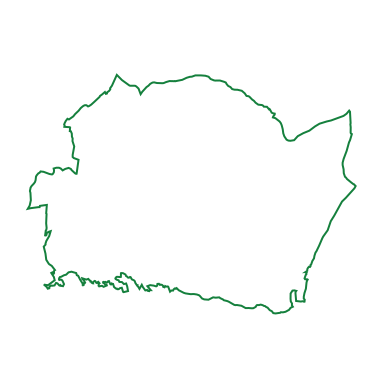 outline of Stoina, Gorj, Romania, rotated 273°
{"feature_id": "2599482B4391298205138", "entity_name": "Stoina", "entity_type": "district", "adm_level": 2, "iso_a3": "ROU", "parent_name": "Romania", "parent_adm1": "Gorj", "projection": "mercator", "projection_center": [23.622, 44.679], "detail": "fine", "context": "isolated", "style": "outline", "palette": "green", "viewbox_px": 384, "rotation_deg": 273, "n_neighbors": 0, "source": "geoboundaries", "source_scale": "gbopen_adm2", "svg_char_len": 5765}
<svg xmlns="http://www.w3.org/2000/svg" viewBox="0 0 384 384"><g transform="rotate(273 192 192)"><path d="M82.7,298.7L84.0,297.7L85.9,297.7L87.8,296.4L90.5,296.0L95.8,295.8L98.8,297.5L99.1,299.4L98.7,301.3L97.8,300.7L96.5,300.6L88.6,301.7L88.3,306.4L88.7,308.3L88.6,309.5L88.3,309.7L88.4,310.1L90.4,310.2L91.4,309.2L93.3,309.1L96.9,309.6L101.4,310.8L107.5,311.1L109.1,311.4L110.6,312.1L110.8,311.8L110.8,309.5L111.6,308.9L115.1,309.9L115.8,310.5L116.4,310.3L117.6,310.8L118.1,310.5L118.0,309.5L119.3,311.2L121.0,311.2L122.5,311.9L123.5,312.8L123.3,313.7L124.3,314.3L125.2,314.1L125.9,314.8L129.4,315.8L132.1,317.3L134.6,317.6L138.0,318.5L139.2,319.3L144.9,321.7L152.5,324.5L154.3,325.3L160.9,329.5L170.1,332.1L175.9,335.3L190.3,342.3L194.2,345.9L204.2,354.0L206.5,355.1L208.2,353.3L208.2,352.9L209.7,350.7L213.1,346.1L214.5,345.0L215.2,344.0L218.7,342.6L222.6,342.2L226.9,341.0L229.2,340.9L233.0,341.7L241.2,344.3L249.8,346.2L252.0,347.1L258.2,348.6L258.8,347.6L259.6,347.3L265.0,347.1L268.0,346.6L269.0,346.8L279.2,345.7L280.4,345.6L281.5,344.7L278.2,342.2L275.9,339.3L270.7,327.1L269.5,322.9L266.9,315.8L264.0,311.5L259.4,306.0L256.6,300.1L253.3,294.7L249.1,291.3L248.3,287.6L248.4,285.5L249.2,283.7L252.4,281.3L255.3,280.1L259.5,279.3L263.3,278.1L265.4,277.1L267.0,275.8L270.1,271.4L270.7,268.9L271.8,269.2L273.6,270.5L274.6,270.5L274.9,268.6L275.4,267.4L278.5,265.5L278.9,265.1L278.5,264.7L281.0,262.4L281.0,259.3L282.0,258.4L282.5,257.3L282.7,253.6L284.5,250.8L286.3,249.1L287.5,247.2L290.1,244.4L290.6,243.5L290.8,241.4L293.3,239.5L295.7,236.4L296.5,231.9L296.4,229.1L296.9,226.7L298.8,224.9L299.8,222.6L301.5,221.0L303.1,220.0L303.7,218.4L304.8,214.0L304.5,209.6L304.6,208.2L305.8,204.7L308.0,202.5L308.8,199.2L308.9,194.9L308.6,189.2L307.2,185.9L306.9,183.8L305.8,180.7L303.5,176.4L301.7,169.3L301.9,169.0L301.7,167.8L301.6,163.7L300.4,160.3L299.3,158.0L299.1,156.8L299.0,151.3L299.5,148.4L299.2,146.8L297.8,144.6L295.9,143.0L294.4,141.1L289.5,137.1L287.0,135.6L292.5,133.2L294.3,131.1L295.0,130.0L295.1,129.1L294.9,124.7L295.1,123.9L300.1,116.2L305.0,110.8L294.0,106.5L291.3,104.8L290.2,105.0L288.7,104.0L287.1,102.1L285.9,101.9L285.5,100.9L287.3,99.8L284.7,97.1L283.1,95.1L282.1,94.7L276.8,89.6L273.9,86.7L272.5,84.8L272.0,83.7L273.1,82.1L273.1,80.8L272.9,80.0L271.9,78.5L270.0,76.5L267.2,74.5L263.7,71.2L261.3,69.5L258.0,65.3L258.6,63.8L256.3,62.2L253.8,61.1L252.6,60.8L251.9,61.3L250.4,61.1L250.3,66.5L250.1,66.9L246.4,66.8L246.3,67.8L244.1,68.9L241.0,69.2L239.2,70.0L236.6,70.0L231.3,72.0L222.9,70.9L220.7,71.0L219.7,72.2L218.2,77.0L204.2,75.8L204.1,75.3L204.5,74.3L207.6,70.6L208.7,69.8L209.6,67.5L208.4,64.2L206.8,61.7L208.6,59.7L209.3,57.8L209.1,55.2L208.2,52.6L206.3,53.1L204.5,53.0L202.9,52.2L202.2,51.3L202.5,48.8L204.4,42.7L204.6,39.7L203.3,38.8L202.6,37.6L200.5,36.0L199.2,35.4L195.7,35.2L193.8,34.7L192.2,33.7L189.6,31.5L188.0,30.6L184.5,30.1L182.7,30.7L175.3,31.5L169.9,30.6L166.6,28.9L167.4,31.7L168.8,39.2L168.9,40.6L170.2,40.9L171.5,47.7L163.0,47.5L162.5,47.9L153.1,48.0L148.5,48.7L146.6,48.5L145.9,48.0L141.0,47.6L140.9,48.3L141.5,48.9L143.5,49.1L144.1,49.7L144.0,50.3L144.8,51.1L145.5,52.9L140.5,51.7L135.5,49.1L132.8,48.4L131.8,48.5L129.7,46.8L122.8,48.9L116.7,50.0L113.0,52.6L112.4,53.2L110.9,55.8L106.9,59.2L106.6,58.7L106.2,58.5L105.2,58.3L103.8,58.5L103.1,58.1L103.1,57.5L104.4,56.7L103.8,55.7L99.9,58.5L96.7,59.5L91.7,53.5L91.4,52.3L91.7,49.7L91.4,49.5L89.5,51.9L87.9,53.0L88.4,54.5L89.5,54.4L90.7,55.5L91.2,56.6L91.1,57.5L91.5,59.6L94.1,61.0L93.7,62.4L91.7,64.4L91.5,65.2L92.1,65.5L91.4,66.4L91.2,68.1L93.3,69.0L96.6,67.3L97.3,66.6L97.7,65.6L97.2,64.1L97.6,63.8L98.1,63.7L99.3,64.0L100.2,64.6L100.5,65.8L102.1,68.4L102.9,70.7L105.3,72.9L106.1,75.8L105.0,80.6L102.9,81.3L102.4,82.7L98.6,84.9L94.5,87.8L93.9,88.1L93.4,87.7L93.1,88.0L93.5,88.7L95.3,88.7L95.3,89.6L95.9,90.0L98.5,88.3L99.3,87.1L100.1,86.9L99.0,91.0L99.8,93.0L98.3,94.4L98.1,95.1L97.3,95.3L97.4,95.8L96.2,96.5L95.6,97.7L95.6,98.0L96.7,97.7L98.1,99.5L97.9,100.1L96.3,101.2L96.1,101.8L96.6,103.0L97.2,102.8L97.4,103.1L96.0,104.4L95.2,103.7L93.5,103.6L92.9,104.2L93.6,107.0L92.7,108.7L94.2,111.8L95.0,111.5L95.3,109.9L96.1,109.2L96.6,108.1L97.3,107.9L97.6,108.3L97.3,109.4L97.7,110.0L97.2,111.8L97.7,112.5L98.4,112.8L98.7,113.7L95.6,115.3L95.4,116.0L96.4,116.7L95.9,117.2L96.0,118.0L93.1,119.1L91.6,121.0L91.6,122.0L91.1,122.3L91.0,123.2L91.2,123.9L92.2,125.1L92.7,126.9L88.7,128.4L88.4,128.9L89.7,133.3L94.4,132.2L97.2,131.0L96.5,128.8L98.4,126.7L98.4,124.2L100.0,123.3L100.4,121.6L101.1,120.3L101.8,120.0L103.1,120.9L103.4,121.5L103.3,124.6L103.5,125.4L107.2,125.3L107.4,126.0L107.3,127.4L106.1,129.9L104.6,130.6L104.3,131.4L103.2,132.5L103.1,133.5L103.9,134.5L103.8,135.1L101.6,136.5L100.8,138.6L100.0,139.5L98.2,140.2L96.2,141.7L96.1,142.5L95.3,142.4L94.5,143.3L92.5,144.6L96.7,146.7L94.5,147.9L91.3,150.5L91.3,151.1L91.9,152.3L90.9,153.2L90.8,154.4L91.7,154.6L91.8,156.0L95.6,152.4L96.8,155.1L96.5,158.7L95.9,161.1L96.6,162.1L98.4,162.3L98.6,163.7L98.2,164.0L98.2,164.5L97.6,164.8L97.8,166.3L97.6,167.0L96.8,168.0L95.8,168.2L95.4,169.5L96.7,170.1L96.2,171.1L96.4,172.7L96.2,173.2L91.3,175.3L92.5,176.5L92.6,178.3L93.7,178.7L94.8,179.8L94.9,180.5L94.5,181.0L95.2,181.7L93.2,183.9L90.9,189.0L90.4,190.9L89.9,195.9L90.2,199.1L89.9,202.2L89.3,204.3L88.7,205.2L86.2,207.6L85.4,209.8L85.3,214.1L87.9,218.6L87.7,221.2L88.2,224.7L87.4,225.9L86.3,228.6L85.6,229.4L85.0,232.6L84.5,234.2L81.5,240.1L81.3,241.2L81.5,242.8L81.0,247.3L78.9,251.6L79.1,254.6L79.0,258.0L79.2,259.4L80.6,261.6L82.0,262.3L82.5,262.9L82.6,264.9L83.1,266.3L83.0,267.2L82.6,268.7L82.1,269.6L81.8,271.1L81.0,272.1L80.5,273.5L78.1,275.8L77.1,278.0L75.3,279.5L75.1,281.8L76.0,286.4L76.6,287.0L76.6,289.2L77.3,291.7L79.4,295.1L81.5,296.5L82.7,298.7Z" fill="none" stroke="#15803d" stroke-width="2"/></g></svg>